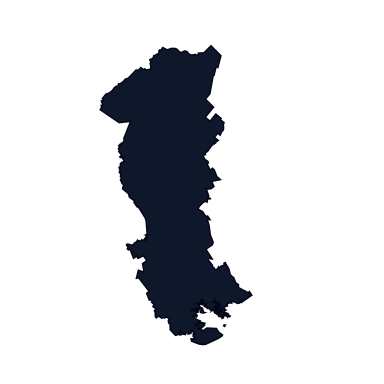 the district of Åtorohanga District, Waikato, New Zealand, rotated 236°
{"feature_id": "76426892B74267582170982", "entity_name": "Åtorohanga District", "entity_type": "district", "adm_level": 2, "iso_a3": "NZL", "parent_name": "New Zealand", "parent_adm1": "Waikato", "projection": "mercator", "projection_center": [175.074, -38.229], "detail": "fine", "context": "isolated", "style": "filled", "palette": "ink", "viewbox_px": 384, "rotation_deg": 236, "n_neighbors": 0, "source": "geoboundaries", "source_scale": "gbopen_adm2", "svg_char_len": 5877}
<svg xmlns="http://www.w3.org/2000/svg" viewBox="0 0 384 384"><g transform="rotate(236 192 192)"><path d="M90.1,96.9L82.4,98.1L81.5,100.8L83.9,105.0L82.3,104.6L81.6,102.4L80.3,101.9L79.6,103.6L80.3,104.3L78.6,105.6L79.8,106.4L77.6,106.8L78.4,108.1L78.0,110.4L78.6,111.9L76.4,109.3L75.4,112.0L77.4,114.3L76.7,115.1L75.6,114.5L72.8,115.5L72.6,114.7L73.6,113.7L71.8,112.2L69.1,113.1L69.7,110.5L70.8,109.1L68.5,108.2L61.8,113.0L59.2,116.1L58.1,118.1L56.0,131.4L55.8,136.2L56.4,137.4L60.6,135.8L65.2,135.9L70.9,128.3L70.8,122.7L72.5,123.1L74.4,120.9L75.1,120.8L74.4,121.6L75.3,122.5L75.0,123.2L74.4,122.5L74.0,123.7L74.2,126.1L74.6,128.2L76.3,127.6L76.2,129.1L78.2,127.3L79.1,124.5L78.3,122.2L79.7,119.7L78.9,121.5L80.5,123.6L79.7,123.7L79.7,125.6L79.5,125.0L79.1,125.1L80.2,126.9L84.4,124.1L88.5,123.4L87.9,125.1L85.8,125.7L86.7,127.3L89.0,127.0L89.5,127.8L89.0,130.2L93.9,126.2L93.5,125.1L94.2,126.0L94.3,124.5L95.2,126.6L94.3,126.4L94.2,127.7L92.7,127.6L92.6,128.6L90.5,129.9L90.1,131.7L90.6,132.3L91.7,130.6L93.4,130.3L93.5,130.5L94.6,130.6L93.6,130.6L91.3,132.6L91.8,134.2L90.3,134.3L87.2,131.8L85.1,133.9L84.8,135.3L85.7,134.4L89.7,135.6L92.6,134.2L95.3,135.5L95.7,133.8L97.1,134.0L95.4,136.8L94.4,136.3L92.9,137.4L94.2,138.3L95.6,137.6L95.7,139.9L96.4,138.9L97.5,138.8L98.2,140.4L96.8,138.9L96.7,140.5L95.4,140.8L95.1,138.8L93.1,138.7L92.9,139.6L93.7,139.8L93.1,140.3L91.6,139.3L91.5,141.7L91.2,142.0L90.7,139.9L91.6,138.7L90.7,138.1L88.6,139.2L88.6,140.0L87.0,139.5L85.9,141.1L83.9,141.3L83.4,142.2L82.8,141.6L83.0,142.3L81.7,142.9L82.2,144.6L82.9,144.7L82.1,145.5L84.3,146.0L84.6,149.2L87.5,148.8L90.3,145.9L87.9,149.1L89.6,149.1L89.2,150.0L89.9,151.0L87.0,149.6L86.4,151.0L86.2,149.6L85.6,149.5L85.1,151.0L84.4,150.1L84.3,151.3L83.5,151.4L83.9,151.5L84.4,153.5L82.8,151.4L81.9,152.3L82.0,151.2L80.9,151.4L82.2,150.6L81.2,149.8L81.5,148.8L80.3,148.7L81.0,148.4L80.3,147.5L80.6,146.3L79.8,146.6L80.3,145.1L79.8,143.2L78.3,143.5L77.9,144.3L78.6,144.1L78.6,144.9L78.0,144.7L77.1,146.1L77.9,146.2L77.1,147.0L77.1,148.5L79.0,148.4L78.6,150.7L77.7,149.0L77.0,150.0L76.1,149.6L76.6,149.0L75.9,146.7L77.0,145.1L76.5,144.3L75.4,145.7L74.5,144.6L73.6,144.8L73.2,145.9L71.7,146.3L72.1,147.2L70.4,146.3L70.1,147.7L71.3,148.5L71.2,150.0L69.8,151.4L68.3,151.5L69.2,152.9L67.7,153.1L67.8,154.3L70.6,153.1L71.0,153.7L71.9,152.2L72.1,153.1L73.0,152.6L72.8,150.3L73.6,151.0L73.4,150.0L74.9,149.8L74.2,151.4L75.2,152.4L75.1,154.1L76.1,153.5L78.8,154.5L77.7,157.6L79.6,158.6L79.0,161.4L77.7,162.7L79.4,163.2L76.5,166.3L74.3,167.2L73.4,169.1L74.0,171.2L72.8,171.1L73.0,183.9L77.4,183.9L76.9,182.3L86.7,177.1L89.3,178.7L92.1,177.5L97.5,178.6L101.8,177.5L107.5,179.5L115.0,180.1L115.1,178.7L113.4,177.7L114.3,174.6L113.6,172.9L115.3,172.3L113.9,170.1L114.7,167.7L117.2,167.8L117.8,166.9L119.9,168.0L127.0,167.4L127.5,168.8L125.1,171.3L135.9,171.5L136.8,172.3L136.8,179.1L138.3,181.4L146.3,183.2L154.6,187.4L160.1,189.1L160.4,189.7L159.0,191.5L163.3,191.5L163.1,190.4L165.8,189.7L169.8,189.8L174.6,187.4L176.1,190.3L177.0,194.7L176.9,197.8L175.2,198.8L177.4,201.1L175.8,204.0L178.3,202.2L179.3,203.6L186.2,205.5L184.0,209.7L184.3,213.3L189.8,214.3L186.4,222.5L190.9,221.2L197.8,222.8L200.3,222.3L199.8,219.3L206.9,220.2L206.9,221.8L208.5,222.3L211.5,221.0L215.9,221.3L215.6,224.3L217.3,224.8L216.9,227.6L219.3,233.6L219.4,235.5L220.7,236.8L219.5,237.4L220.3,238.1L219.4,238.9L220.1,239.9L220.1,242.6L224.8,241.2L226.3,246.2L223.4,247.1L225.5,250.6L225.7,252.3L227.2,253.9L230.5,255.8L231.6,257.4L236.2,255.9L236.7,257.3L243.3,255.3L240.6,246.6L246.5,244.8L250.3,257.3L261.5,255.1L263.4,261.7L276.5,274.5L276.3,275.4L282.4,282.1L280.7,283.0L288.8,292.2L302.6,289.5L300.7,279.7L303.6,274.8L302.4,274.5L302.3,272.3L304.0,272.0L305.9,268.1L308.2,266.6L311.0,266.5L313.1,264.8L313.5,261.6L314.7,260.0L318.6,259.5L320.4,258.3L322.5,255.4L323.7,251.0L328.2,248.5L327.1,245.9L327.9,244.6L327.6,243.6L325.5,242.1L326.0,239.2L325.5,238.4L326.5,236.6L324.7,234.5L325.3,231.0L322.3,230.4L322.0,229.2L319.0,228.1L316.9,226.1L319.4,221.5L320.5,221.8L321.0,220.0L323.7,219.2L322.9,216.1L324.4,213.7L322.0,202.7L322.9,199.9L322.0,197.0L321.9,192.6L322.8,191.7L321.3,190.0L322.0,188.2L321.9,186.0L320.6,182.5L320.4,178.3L321.3,175.5L319.6,169.9L318.4,170.3L317.6,169.2L318.2,167.7L313.7,166.7L314.6,165.1L312.8,164.5L311.5,161.9L290.2,170.4L284.9,180.6L274.5,165.4L272.8,164.8L271.4,162.0L272.0,160.5L270.7,159.7L271.8,158.9L271.1,156.9L269.7,156.9L269.1,155.2L266.8,155.0L266.5,153.9L261.9,154.3L261.6,152.0L260.8,151.7L260.3,152.4L261.2,153.8L260.7,154.3L259.8,154.2L259.7,153.2L255.0,153.2L255.6,152.6L255.1,151.5L255.9,150.7L255.6,148.6L253.7,147.2L253.0,145.3L252.5,146.1L251.4,144.7L249.6,144.4L249.7,143.4L248.6,142.7L246.6,143.0L244.7,141.2L243.0,141.5L242.2,139.6L240.1,139.1L239.9,139.9L239.6,140.4L239.7,139.3L238.7,138.8L236.2,139.2L233.4,136.2L226.0,138.4L222.7,137.2L216.7,139.4L215.9,138.1L210.2,138.2L209.7,139.1L205.5,139.1L205.5,140.4L205.1,139.0L196.6,138.7L193.8,137.9L183.1,131.8L182.1,130.6L182.3,129.6L180.8,131.0L181.0,129.4L180.1,127.9L179.3,128.3L179.9,126.9L179.2,126.4L178.2,127.2L178.3,125.7L179.5,125.0L179.5,123.1L180.5,123.5L180.0,121.6L182.6,119.9L181.7,118.2L182.0,116.0L181.1,113.9L181.8,112.1L184.9,109.6L184.8,108.1L181.4,107.9L181.0,106.5L179.5,107.0L179.7,108.7L169.7,106.5L169.7,110.4L167.2,110.1L166.3,116.1L160.3,116.1L160.3,111.0L152.4,107.4L157.1,103.8L151.6,97.7L150.8,99.8L133.4,100.9L133.4,97.7L126.2,96.2L125.3,98.0L123.8,98.0L123.3,96.8L120.2,97.8L118.8,95.5L114.9,97.0L114.6,94.4L112.6,94.1L109.0,91.8L107.6,92.0L107.9,94.8L104.1,96.5L104.2,97.8L103.0,98.7L102.3,101.2L99.6,102.2L98.3,100.1L95.9,99.4L94.9,100.0L90.1,96.9ZM81.2,144.4L80.7,145.4L81.5,146.6L81.1,147.7L82.0,148.5L81.7,150.1L83.9,149.8L83.8,147.5L83.2,146.9L82.3,147.5L81.2,144.4ZM63.4,143.4L62.3,143.9L63.0,145.3L63.9,144.3L63.4,143.4Z" fill="#0f172a" stroke="#020617" stroke-width="1.5"/></g></svg>